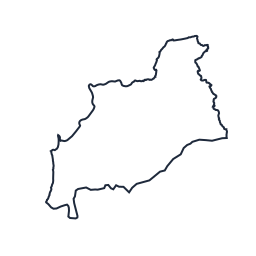 Solís Grande, Maldonado, Uruguay (Mercator projection), rotated 76°
{"feature_id": "84410073B83556498803865", "entity_name": "Solís Grande", "entity_type": "district", "adm_level": 2, "iso_a3": "URY", "parent_name": "Uruguay", "parent_adm1": "Maldonado", "projection": "mercator", "projection_center": [-55.417, -34.719], "detail": "fine", "context": "isolated", "style": "outline", "palette": "slate", "viewbox_px": 256, "rotation_deg": 76, "n_neighbors": 0, "source": "geoboundaries", "source_scale": "gbopen_adm2", "svg_char_len": 5550}
<svg xmlns="http://www.w3.org/2000/svg" viewBox="0 0 256 256"><g transform="rotate(76 128 128)"><path d="M118.0,197.5L118.5,197.8L121.6,197.9L123.8,198.4L127.1,199.4L129.6,200.7L130.9,202.0L131.4,203.5L131.8,204.3L131.7,204.6L131.1,205.5L131.0,206.1L131.0,206.6L131.5,207.3L131.6,207.9L131.7,208.2L131.9,208.0L132.6,208.3L133.9,208.3L134.7,208.4L136.6,208.1L136.8,208.2L140.3,208.5L141.8,208.8L143.1,208.8L143.8,209.0L146.7,209.3L148.2,209.9L148.7,210.2L149.4,210.2L149.7,210.4L150.4,211.0L150.7,210.9L152.6,211.1L159.1,212.9L161.0,213.3L163.1,214.1L164.7,215.4L165.2,215.7L165.8,215.9L167.3,217.2L168.6,217.1L169.4,217.4L170.0,218.0L170.8,218.4L171.2,219.0L171.8,219.4L173.7,220.4L174.0,220.3L175.8,221.8L176.2,221.9L177.5,222.9L178.1,224.0L178.8,224.2L179.8,225.3L180.4,225.4L182.6,223.7L186.4,221.8L188.3,219.8L188.8,216.8L187.9,212.2L187.6,208.0L187.6,205.7L189.2,204.8L191.1,204.7L194.1,205.3L199.5,207.3L201.3,206.0L203.1,200.6L202.6,198.8L201.2,198.3L187.9,198.4L183.5,197.9L181.5,196.0L176.1,193.8L175.1,191.2L175.6,183.0L179.0,179.1L179.7,174.8L180.5,172.3L180.6,165.6L178.1,163.8L178.5,160.9L182.4,159.1L183.9,157.1L180.7,153.4L182.8,150.9L184.0,146.6L190.7,142.5L187.0,138.4L184.3,133.1L184.0,119.9L178.1,107.5L178.1,102.6L174.5,99.1L169.0,91.6L166.3,83.2L160.9,78.8L158.8,74.7L158.3,71.2L157.0,68.9L156.6,61.6L158.6,55.4L160.7,49.5L160.7,39.1L161.6,34.6L160.9,34.5L160.1,34.5L159.2,34.2L158.4,34.1L157.4,33.6L156.6,33.4L155.8,32.9L154.8,32.8L153.5,33.1L153.0,32.9L152.7,34.0L152.2,34.8L151.7,34.9L151.1,34.8L150.4,34.9L149.2,35.9L147.6,36.3L147.1,37.0L146.6,37.2L146.1,37.1L144.6,37.4L143.1,37.2L142.7,37.3L142.4,37.6L141.4,37.7L141.0,37.6L140.9,37.3L140.6,37.2L139.3,37.5L137.6,37.3L135.7,36.1L134.3,36.0L133.0,36.3L132.4,36.7L131.9,37.8L131.8,38.2L131.6,38.7L130.8,39.2L130.4,39.9L130.0,40.2L129.8,40.3L128.9,40.1L128.0,40.3L127.9,40.5L127.4,40.1L127.7,39.2L127.7,38.9L127.5,38.7L127.2,38.6L126.9,39.0L126.8,38.9L126.6,39.1L126.3,39.1L125.0,38.4L124.3,38.3L123.9,38.5L123.5,38.5L123.3,38.7L123.0,38.7L122.6,38.6L122.1,38.2L121.4,38.1L120.6,37.6L120.5,37.4L120.1,35.8L119.7,35.2L119.2,34.8L118.5,34.6L118.4,34.8L118.2,34.9L117.8,34.8L117.4,34.9L117.2,35.3L116.1,36.1L115.8,36.7L114.9,37.2L114.7,37.2L114.1,37.4L113.6,37.5L113.4,37.8L112.1,37.9L111.8,38.1L110.2,38.1L109.5,38.5L108.3,38.7L107.6,39.0L107.3,38.9L107.2,38.7L107.5,38.1L107.3,37.5L106.8,36.8L106.5,36.7L106.2,37.0L105.5,37.4L105.1,37.9L104.9,37.9L104.5,38.1L104.1,38.6L103.9,38.6L103.4,39.3L103.1,40.5L102.8,40.8L100.3,40.7L100.2,40.8L99.9,41.7L100.0,43.3L100.1,43.6L100.0,44.1L99.6,45.2L98.8,45.7L98.6,45.7L98.4,45.4L97.9,45.1L97.7,44.9L97.1,44.6L95.3,44.5L95.1,44.6L95.1,44.9L94.2,45.4L94.1,45.7L93.1,46.1L92.3,46.8L90.3,46.8L89.8,46.6L89.7,46.4L89.5,46.1L89.7,45.5L89.8,44.8L89.6,44.4L89.4,44.3L87.0,44.6L86.6,44.7L86.1,44.7L85.6,44.9L85.4,45.3L85.1,45.5L84.7,45.4L82.1,45.9L81.3,46.3L80.9,46.7L80.3,46.8L78.8,46.4L78.4,46.2L78.2,45.1L78.3,45.0L78.3,44.8L78.0,44.2L78.0,43.7L77.6,43.2L77.4,42.4L77.6,41.7L77.3,41.2L77.2,40.4L77.1,40.2L77.0,39.8L76.6,39.2L75.8,38.9L75.4,38.1L73.7,36.9L72.8,35.5L72.4,34.8L72.3,34.0L72.4,32.9L72.2,32.5L71.4,32.4L71.2,32.5L71.1,32.8L71.0,32.7L70.5,31.8L70.5,31.5L70.3,31.1L69.9,30.8L69.0,30.7L69.0,30.9L68.5,30.9L66.7,30.6L66.5,31.1L66.5,31.8L66.6,32.1L66.4,32.6L66.4,32.9L66.2,33.5L66.6,34.5L66.6,34.9L66.3,35.5L65.5,36.0L65.2,36.8L64.9,37.3L63.3,38.0L62.8,39.1L62.4,39.2L61.2,39.1L60.3,39.4L59.4,39.2L57.9,39.4L56.1,38.5L55.4,38.9L55.2,39.2L54.9,41.0L55.1,41.6L55.1,42.5L54.9,43.5L55.1,45.6L54.7,47.2L55.0,47.6L55.0,48.1L55.2,48.9L55.1,49.5L55.1,50.6L54.9,55.0L54.5,58.9L54.4,60.1L54.3,61.5L54.1,62.2L54.1,62.5L54.0,62.8L53.6,62.9L53.2,62.9L52.9,63.2L53.1,64.1L53.0,64.6L53.3,65.1L53.1,65.7L53.0,66.2L53.2,67.0L53.3,68.5L53.6,69.1L54.1,69.7L54.6,69.9L55.2,70.6L56.2,71.3L57.3,72.3L57.8,72.9L58.2,74.0L59.6,75.8L60.2,76.9L61.7,78.3L61.7,78.9L61.8,79.1L62.4,79.2L62.8,79.2L63.4,79.3L66.0,80.6L67.1,81.5L67.9,83.1L68.3,83.6L68.6,83.7L69.2,83.5L69.9,83.9L70.4,84.3L70.9,84.5L72.1,85.5L73.9,86.7L74.8,87.7L75.8,88.5L77.2,88.3L78.1,87.9L78.3,87.6L78.2,87.4L78.2,86.8L78.3,86.6L79.0,86.5L79.3,86.5L79.9,86.9L80.7,87.1L83.3,88.2L83.8,88.6L84.3,89.2L84.9,89.1L84.9,89.5L85.4,89.9L85.5,90.2L85.9,90.7L86.1,91.2L86.3,91.3L86.3,91.8L86.6,92.4L86.9,93.4L86.9,93.8L86.5,94.5L86.6,94.9L86.6,95.2L86.2,95.8L85.8,96.0L85.5,97.2L85.5,98.2L85.8,98.9L85.7,99.4L85.4,99.4L85.3,99.6L85.3,100.3L85.4,100.6L86.2,101.3L86.3,101.5L86.1,102.2L85.8,102.5L85.7,102.6L85.9,103.5L85.8,104.0L85.4,104.8L85.2,104.9L85.0,105.4L84.9,107.3L84.5,108.2L83.7,109.3L83.6,109.8L83.7,110.2L84.3,110.6L84.7,112.2L85.0,113.0L85.4,113.5L86.2,114.3L86.5,114.8L87.1,117.7L87.2,118.7L87.1,119.4L86.9,120.3L86.1,122.1L85.1,123.3L83.7,123.6L82.4,123.6L80.3,124.2L79.8,124.6L79.6,124.9L79.4,126.2L79.6,128.0L79.8,129.3L78.7,132.3L78.5,134.1L78.6,135.6L79.8,138.8L80.0,140.3L80.0,141.7L78.9,144.0L78.7,145.7L78.8,147.4L79.1,148.8L79.4,149.5L79.4,150.6L79.2,151.4L78.8,152.0L77.9,152.4L76.6,153.5L76.5,153.9L76.6,154.8L77.4,155.7L78.1,155.9L80.0,155.9L84.5,154.6L85.6,154.4L88.5,154.3L89.9,154.5L92.5,155.9L93.7,156.3L94.8,156.5L96.0,156.4L97.1,156.0L98.2,155.4L99.0,155.3L99.8,155.7L101.0,156.5L102.2,157.6L107.1,163.5L107.9,164.7L108.8,167.0L108.9,167.9L108.8,170.2L109.0,171.6L109.6,172.9L110.4,173.7L111.3,174.1L112.2,174.2L114.1,173.9L114.8,174.4L118.7,179.3L122.4,184.3L125.0,189.6L125.3,190.6L125.4,192.5L124.9,193.8L124.0,195.6L124.1,196.5L123.6,196.7L122.6,196.8L121.9,196.7L120.6,196.3L119.7,196.4L118.7,196.9L118.0,197.5Z" fill="none" stroke="#1e293b" stroke-width="2"/></g></svg>